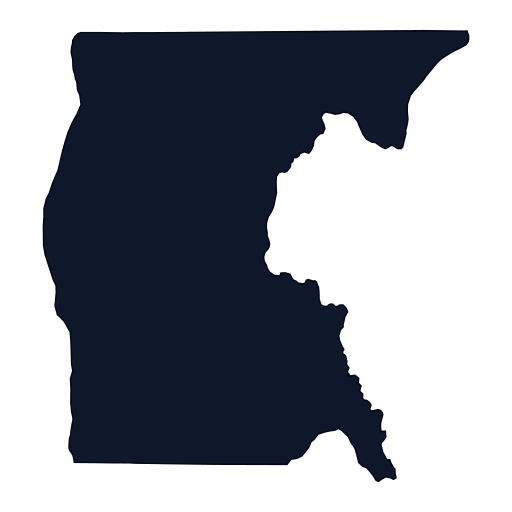 Breu Branco, Pará, Brazil (Robinson projection)
{"feature_id": "56859067B62895798843841", "entity_name": "Breu Branco", "entity_type": "district", "adm_level": 2, "iso_a3": "BRA", "parent_name": "Brazil", "parent_adm1": "Pará", "projection": "robinson", "projection_center": [-49.279, -3.757], "detail": "fine", "context": "isolated", "style": "filled", "palette": "ink", "viewbox_px": 512, "rotation_deg": 0, "n_neighbors": 0, "source": "geoboundaries", "source_scale": "gbopen_adm2", "svg_char_len": 3968}
<svg xmlns="http://www.w3.org/2000/svg" viewBox="0 0 512 512"><path d="M80.1,96.7L81.1,104.7L77.0,114.2L75.2,117.5L72.5,122.3L68.1,132.5L65.4,141.2L62.8,150.4L58.1,170.5L54.6,178.5L52.3,184.1L49.5,192.8L46.3,199.2L44.0,208.8L44.0,217.1L43.4,226.0L43.6,239.3L43.6,241.4L43.6,245.0L44.0,247.7L45.2,254.7L50.2,270.0L53.2,279.4L56.1,285.6L56.3,292.6L55.1,306.0L57.5,314.8L59.4,316.4L64.2,321.4L66.5,325.3L70.2,331.8L70.4,334.4L71.0,341.5L71.6,360.8L71.6,363.4L72.8,370.9L70.5,378.7L71.0,388.4L70.9,400.1L70.9,403.5L71.5,409.4L71.7,412.2L72.4,415.1L73.0,417.9L73.0,420.5L72.3,423.3L70.9,432.0L70.9,434.4L69.9,437.2L69.5,439.3L69.3,441.9L69.1,444.9L69.1,448.6L70.1,450.9L71.3,452.6L72.8,454.8L73.4,457.0L73.9,459.0L74.3,462.3L97.4,462.5L101.9,462.6L103.6,462.6L109.4,462.7L111.2,462.7L117.6,462.7L119.4,462.7L123.4,462.8L125.7,462.8L129.4,462.8L135.6,463.1L158.6,463.4L162.0,463.5L214.7,464.2L287.0,464.4L291.0,459.2L296.8,458.3L301.8,456.0L304.7,452.5L308.5,447.6L311.0,441.9L314.1,439.3L318.2,434.0L325.7,431.7L331.1,430.6L334.6,430.2L338.6,428.4L342.5,430.9L346.5,435.0L348.1,436.1L350.7,441.7L352.6,444.8L354.8,447.8L357.0,455.2L358.8,462.6L362.6,466.1L366.6,467.6L370.1,471.5L373.2,475.5L376.2,480.4L378.6,481.3L381.7,479.0L385.8,476.8L390.3,477.7L393.6,479.3L396.0,477.7L395.0,473.4L394.9,469.4L393.0,466.7L390.9,463.2L389.9,459.9L386.7,459.6L384.6,455.6L382.8,452.6L381.7,447.8L380.9,445.4L381.2,442.9L383.4,440.5L385.8,437.0L385.5,434.7L385.4,431.2L381.0,431.4L380.5,427.8L380.5,423.3L381.7,418.5L382.7,415.1L382.4,412.6L380.3,410.5L378.3,409.6L376.5,409.9L373.8,410.8L371.2,411.0L369.5,409.4L370.3,407.2L371.0,405.2L369.6,402.7L366.8,400.4L364.2,400.2L362.6,398.4L362.6,393.9L359.7,391.3L360.4,388.0L361.0,386.0L358.1,383.0L358.7,378.3L356.8,376.6L354.9,375.3L349.5,376.1L349.1,374.3L347.6,373.0L347.6,371.1L348.9,367.9L347.0,365.5L346.5,363.6L346.8,361.2L346.2,359.5L345.9,356.8L344.6,354.9L342.8,354.0L342.5,351.7L343.8,349.4L342.3,346.8L341.2,344.5L339.5,340.6L338.7,335.5L340.5,329.7L343.2,326.8L343.0,324.7L343.7,322.0L344.9,316.6L347.6,311.9L346.0,308.0L344.5,306.5L343.0,305.0L339.9,305.0L337.5,306.3L335.2,306.7L333.3,304.5L331.3,304.0L329.1,304.6L327.1,306.5L323.6,306.2L321.0,304.9L319.1,299.6L318.9,292.0L318.4,287.0L317.2,284.6L316.4,282.0L314.7,280.8L313.0,281.1L308.3,279.6L306.4,280.2L304.9,283.4L303.0,283.8L299.2,283.4L297.4,282.8L296.4,281.4L293.4,280.1L291.6,277.7L290.1,274.4L285.4,272.9L281.0,273.0L280.0,276.0L274.1,275.4L271.9,273.8L269.4,272.0L267.2,268.4L266.3,265.0L265.1,262.9L264.1,261.0L263.6,257.0L264.8,252.4L267.5,249.5L268.9,247.1L269.6,244.4L268.6,239.9L267.1,236.3L267.1,232.3L266.3,228.2L266.4,222.9L268.1,216.9L271.5,211.5L273.6,206.5L276.4,193.0L276.0,181.9L276.4,176.4L278.8,172.5L282.1,171.7L284.6,172.2L286.8,171.5L290.4,166.7L290.7,163.0L292.7,161.6L293.8,157.6L296.2,157.6L298.6,156.3L299.9,153.6L304.2,151.8L305.9,152.3L308.8,153.2L311.4,149.9L313.3,145.5L313.9,140.6L316.6,136.7L319.9,133.9L322.8,133.3L324.9,128.7L323.8,124.4L322.0,120.1L321.1,117.3L323.2,113.6L325.5,112.0L332.1,113.2L334.7,114.2L339.4,113.6L343.4,112.1L348.4,112.8L353.7,116.3L357.6,121.6L359.9,127.2L362.9,133.9L366.2,138.9L371.7,142.1L375.3,142.5L379.6,145.5L381.9,147.0L385.3,148.6L388.2,147.2L390.9,145.4L393.0,145.6L397.7,148.6L401.0,148.6L402.6,147.0L405.9,133.5L405.7,130.2L406.6,126.7L407.4,123.0L407.9,118.9L407.2,111.5L407.4,104.3L410.3,95.4L413.5,91.1L418.6,85.5L422.3,81.3L424.1,79.0L426.1,76.0L436.8,63.0L439.6,60.2L442.8,57.8L450.1,53.1L454.5,50.6L458.3,48.9L462.3,46.7L466.3,44.4L468.3,41.2L468.6,38.5L468.5,35.1L466.9,31.0L464.5,31.2L424.1,30.7L327.9,31.4L203.1,32.4L189.7,32.5L184.6,32.6L152.3,32.8L145.8,32.8L136.1,32.8L122.7,33.0L101.8,32.7L86.4,32.7L84.4,32.7L80.8,32.7L77.6,33.8L74.5,37.1L72.8,40.4L72.6,43.6L71.7,46.8L71.4,50.2L71.3,52.9L72.0,56.2L72.6,58.9L72.9,63.4L73.0,67.3L73.5,70.5L74.8,74.5L75.5,78.5L76.9,81.9L77.4,88.3L77.8,90.3L78.7,92.6L79.7,94.3L80.1,96.7Z" fill="#0f172a" stroke="#020617" stroke-width="1.5"/></svg>